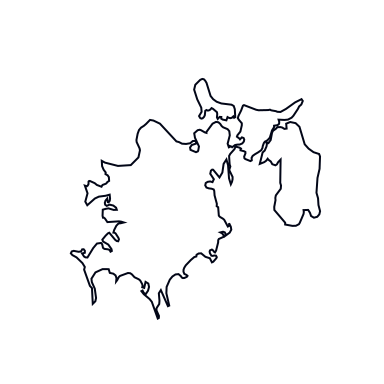 the Region of Sjaælland, rotated 241°
{"feature_id": "DNK-3420", "entity_name": "Sjaælland", "entity_type": "Region", "adm_level": 1, "iso_a3": "DNK", "parent_name": "Denmark", "parent_adm1": "", "projection": "orthographic", "projection_center": [11.743, 55.283], "detail": "fine", "context": "isolated", "style": "outline", "palette": "ink", "viewbox_px": 384, "rotation_deg": 241, "n_neighbors": 0, "source": "natural_earth", "source_scale": "10m", "svg_char_len": 6093}
<svg xmlns="http://www.w3.org/2000/svg" viewBox="0 0 384 384"><g transform="rotate(241 192 192)"><path d="M263.0,128.2L259.9,130.1L250.7,139.9L245.2,151.5L248.2,161.9L253.7,166.7L255.6,167.3L262.5,167.8L264.4,168.6L269.3,172.7L271.9,175.7L273.0,178.6L273.2,182.0L273.8,184.9L275.4,190.2L273.2,192.9L267.3,197.1L243.8,202.9L242.0,204.8L239.1,206.7L236.9,210.1L235.5,214.1L236.2,217.4L235.4,219.1L234.4,219.9L233.4,219.7L232.4,218.8L233.2,214.6L231.9,211.9L229.6,211.1L224.9,214.8L224.7,216.8L225.3,217.6L228.5,220.2L238.0,220.9L242.3,222.4L243.3,226.9L242.7,228.9L241.9,229.7L237.8,232.2L236.7,233.3L237.5,233.7L241.8,243.1L241.7,246.9L240.2,248.9L237.9,249.7L235.3,249.9L233.5,250.6L229.7,253.6L227.1,254.1L223.2,252.5L217.0,246.6L213.2,245.9L213.1,246.9L214.0,247.3L212.6,248.5L211.7,248.8L212.2,252.5L211.4,254.8L210.4,256.7L210.1,259.5L211.0,261.8L212.5,263.1L214.2,263.3L215.6,262.1L214.8,259.5L215.7,259.4L218.6,258.1L219.6,259.2L221.4,263.6L226.2,267.9L228.0,268.9L232.3,268.0L234.4,267.9L236.1,269.6L239.4,274.4L242.8,278.4L242.8,279.6L232.8,288.0L231.2,289.9L226.7,298.4L226.2,300.1L225.0,300.9L222.0,304.6L220.8,305.5L219.1,308.2L219.1,314.5L220.4,325.7L220.1,332.8L217.9,333.0L215.5,330.0L214.9,327.2L213.3,324.9L209.5,317.6L208.7,315.1L208.8,311.0L210.2,307.8L213.3,302.8L211.0,302.3L209.4,301.2L209.0,299.2L210.2,295.9L208.9,295.2L207.1,291.9L201.8,286.4L200.9,283.8L200.6,282.3L200.7,280.1L200.0,278.6L198.0,276.3L196.3,274.9L195.0,272.9L194.6,269.0L194.5,265.4L194.2,262.6L193.0,260.7L190.7,259.6L190.7,258.1L195.0,254.6L196.1,254.2L197.7,254.8L199.9,257.5L201.2,258.1L202.4,257.3L205.0,254.6L205.5,254.9L206.2,255.9L207.8,255.0L210.1,252.7L210.1,251.5L208.9,249.9L206.8,243.9L205.5,241.9L197.9,238.3L195.7,237.9L193.6,235.6L192.7,235.2L185.5,234.8L183.4,233.6L181.5,231.9L179.9,229.7L186.0,231.0L197.9,236.5L203.8,237.9L201.3,233.3L194.3,228.0L191.4,223.1L201.2,221.3L201.8,220.5L201.5,218.9L199.1,216.8L192.6,217.3L190.7,214.7L192.4,213.0L193.3,210.6L193.2,208.4L191.4,206.8L188.9,206.8L187.0,208.5L185.4,210.7L183.7,212.2L182.2,212.0L178.1,210.1L169.6,208.0L167.6,206.7L166.0,207.5L158.3,204.0L156.8,204.3L153.7,206.1L152.1,206.7L144.4,206.6L144.4,208.0L146.7,209.3L142.8,209.1L140.0,208.1L138.2,205.3L137.5,199.8L139.1,201.1L140.8,201.1L142.2,199.9L142.9,197.2L141.7,198.0L140.5,198.5L137.9,198.6L137.5,197.5L137.9,192.7L137.2,191.6L135.2,190.4L129.0,184.6L128.0,182.8L129.0,182.3L130.7,182.1L132.0,181.5L132.2,179.4L131.3,178.5L129.7,178.0L126.9,178.1L126.1,179.1L125.6,180.8L124.7,182.1L123.0,182.1L122.3,181.2L120.7,176.8L120.8,175.3L125.4,175.5L128.8,172.3L133.9,170.3L135.0,168.0L134.9,165.6L133.5,164.5L134.0,162.5L133.1,158.1L130.9,151.0L129.5,148.5L128.1,146.9L126.4,145.9L124.1,145.6L122.1,147.0L120.8,147.4L120.3,146.3L120.5,143.6L121.2,142.2L122.2,141.6L123.7,141.5L126.7,140.4L127.9,137.6L127.6,133.9L126.1,130.1L121.3,123.8L115.9,120.5L103.7,117.0L103.8,115.6L121.3,117.2L119.5,113.9L112.6,110.8L109.9,109.0L108.1,105.6L107.3,104.4L105.4,103.5L99.6,103.0L97.9,101.9L97.9,100.7L115.4,103.6L119.0,103.0L126.0,100.3L129.8,99.7L129.8,101.0L127.4,100.9L126.3,101.3L125.2,102.2L127.0,105.7L129.8,108.4L133.1,109.4L135.9,107.8L131.3,103.7L132.8,102.3L133.9,103.3L135.7,103.8L139.7,103.8L141.5,103.1L145.3,100.4L149.1,99.5L150.9,98.6L152.2,96.7L153.5,88.3L153.1,86.7L151.2,83.9L150.5,82.3L153.3,84.2L156.1,84.7L158.7,83.6L161.1,80.9L164.9,81.7L167.9,76.4L168.5,68.6L164.9,62.0L161.7,60.7L154.6,60.1L145.8,56.7L143.3,54.5L142.3,51.0L156.4,57.9L159.4,57.2L176.4,60.0L178.4,61.9L183.0,61.7L190.8,59.3L194.8,56.8L197.1,56.3L198.3,58.0L197.9,60.0L194.7,63.8L193.8,66.1L195.1,68.2L194.4,69.5L192.6,69.8L190.8,68.8L191.5,66.1L187.9,66.3L186.5,67.1L185.4,68.8L190.9,78.5L193.0,83.9L191.5,87.8L189.8,88.1L186.3,87.1L184.7,87.8L182.6,90.7L181.3,91.8L179.3,91.8L179.3,93.3L181.1,93.9L186.6,93.3L191.8,90.2L193.8,90.5L195.7,95.3L196.6,98.5L196.5,99.9L187.5,101.6L185.6,102.4L184.7,103.6L186.1,105.2L187.7,105.4L192.7,105.1L193.8,104.6L194.6,103.6L196.5,105.5L199.2,109.5L200.0,112.1L199.9,113.1L199.3,114.3L198.4,117.6L200.4,115.7L201.8,113.8L206.7,103.4L211.0,103.0L212.4,102.4L212.7,101.7L214.5,102.2L219.8,105.4L219.0,108.7L218.2,111.0L214.3,114.8L212.9,117.6L215.1,118.0L218.3,116.6L220.9,113.8L221.2,110.7L223.0,109.9L224.8,110.5L226.4,112.2L227.4,114.7L223.9,113.5L223.4,114.0L224.2,115.8L225.9,117.1L229.6,118.7L230.6,114.6L233.1,108.3L233.4,103.9L231.2,94.0L235.3,94.0L241.5,100.0L249.5,101.4L248.0,102.8L248.2,103.9L249.1,105.3L251.3,106.6L251.5,107.1L251.2,108.0L246.9,111.2L244.3,112.2L240.5,115.4L241.3,116.6L241.5,117.4L241.0,120.7L241.2,121.7L241.7,122.6L241.9,124.9L245.3,126.5L247.5,126.3L249.6,125.0L251.0,126.0L254.3,125.5L258.2,125.9L263.0,128.2ZM205.9,300.8L204.6,302.2L202.4,303.4L201.6,305.5L206.1,307.5L205.6,311.8L202.0,316.0L196.9,317.6L179.1,313.7L173.4,315.0L167.9,317.6L163.6,321.6L161.0,321.2L150.4,314.8L143.5,308.6L131.0,300.5L125.4,299.2L119.3,296.3L113.1,294.7L110.7,292.5L109.6,289.5L110.4,286.2L113.3,284.5L116.7,285.1L120.0,284.9L122.1,280.8L120.3,280.1L118.7,278.9L112.8,271.3L112.0,269.9L112.1,266.5L113.7,263.4L118.4,257.7L120.0,258.6L136.3,255.3L139.1,256.7L144.4,261.1L146.4,262.0L148.4,263.7L151.8,271.2L154.5,273.0L157.2,273.6L177.4,285.2L176.3,281.7L175.0,279.6L174.9,277.9L177.4,275.7L180.5,275.7L183.3,274.4L184.4,274.3L183.4,272.1L183.1,269.7L183.7,264.9L192.3,272.9L193.0,275.7L195.7,279.2L197.4,280.6L199.3,281.1L197.7,282.5L199.3,286.0L205.1,290.8L206.3,292.6L206.6,295.9L207.1,297.3L207.1,298.5L205.9,300.8ZM270.5,241.5L280.5,243.5L284.2,246.9L286.1,253.6L285.9,255.8L284.9,257.0L283.1,257.5L280.4,257.6L267.0,254.8L262.9,255.5L259.0,257.3L255.2,260.6L249.2,268.9L247.0,270.2L243.7,269.6L236.5,266.1L236.5,264.8L238.1,264.8L237.6,262.8L238.0,261.3L239.1,260.1L240.3,259.4L238.0,256.8L240.5,253.9L242.0,253.1L243.4,254.0L244.3,252.6L243.4,249.9L245.2,250.0L248.0,251.9L249.7,252.5L254.5,250.7L255.9,249.8L255.2,247.8L255.2,246.2L255.7,245.1L256.7,244.4L256.6,243.0L252.9,240.4L251.9,239.0L251.3,237.0L251.7,235.7L252.9,235.0L255.0,235.0L257.5,239.3L261.3,241.0L270.5,241.5Z" fill="none" stroke="#020617" stroke-width="2"/></g></svg>